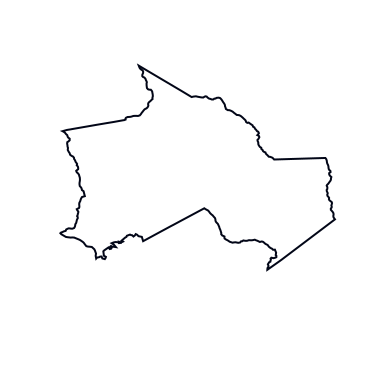 outline of Bujari, Acre, Brazil, rotated 112°
{"feature_id": "56859067B53260262834359", "entity_name": "Bujari", "entity_type": "district", "adm_level": 2, "iso_a3": "BRA", "parent_name": "Brazil", "parent_adm1": "Acre", "projection": "equal_earth", "projection_center": [-68.148, -9.602], "detail": "fine", "context": "isolated", "style": "outline", "palette": "ink", "viewbox_px": 384, "rotation_deg": 112, "n_neighbors": 0, "source": "geoboundaries", "source_scale": "gbopen_adm2", "svg_char_len": 5600}
<svg xmlns="http://www.w3.org/2000/svg" viewBox="0 0 384 384"><g transform="rotate(112 192 192)"><path d="M235.9,93.0L223.8,85.2L221.1,83.5L218.9,82.2L163.8,49.2L163.1,50.4L162.3,51.4L161.3,52.0L160.1,52.2L158.7,52.9L157.7,54.2L157.1,55.4L156.5,56.6L155.3,57.1L154.1,56.7L153.0,57.1L152.3,57.7L151.2,57.8L149.8,58.0L149.0,58.7L148.7,59.7L148.2,61.5L147.3,62.4L146.2,62.6L145.6,63.4L144.8,65.0L143.8,65.6L142.6,65.6L141.9,66.0L140.9,67.2L139.7,67.9L138.5,67.7L136.8,68.3L135.7,69.5L134.7,69.4L133.4,68.8L132.2,68.5L130.9,68.2L129.9,67.9L128.6,67.8L127.5,68.2L125.9,68.4L125.5,69.5L125.1,70.5L124.1,71.5L123.1,71.9L121.6,71.0L120.5,71.7L120.2,72.9L119.5,73.8L118.4,74.5L117.0,75.2L115.9,76.1L115.0,77.2L113.9,78.0L112.3,78.9L111.2,79.9L110.5,81.1L114.0,89.1L131.1,128.0L130.6,129.1L130.1,130.2L130.1,131.3L130.1,132.5L130.5,134.1L129.7,135.6L129.2,137.0L128.7,138.0L127.8,138.7L127.8,140.3L127.5,141.4L126.6,142.3L126.2,143.7L125.0,144.4L124.8,145.9L123.7,147.6L122.6,148.6L121.8,148.8L120.9,149.4L120.1,150.3L119.2,150.8L118.0,150.3L117.0,150.2L115.9,150.1L114.9,151.1L114.8,152.7L113.7,152.3L112.4,152.0L111.3,153.2L111.2,154.5L110.4,155.7L109.7,157.3L108.7,158.4L108.6,159.8L107.5,160.8L107.2,162.2L106.8,163.9L106.4,165.5L107.2,166.6L106.8,168.1L105.6,169.1L105.0,170.4L104.6,171.6L104.1,172.7L103.3,175.1L103.1,176.8L103.4,178.2L103.8,179.4L103.3,181.0L102.8,182.9L102.3,184.3L102.1,186.0L102.1,187.9L102.7,189.5L102.3,191.7L101.0,192.6L100.3,193.4L99.0,194.1L98.0,195.2L97.0,196.8L95.8,198.4L95.1,199.5L94.4,201.0L94.5,202.5L95.0,203.5L95.6,204.6L96.5,205.1L97.1,206.3L98.2,206.9L98.8,208.2L98.8,209.6L99.0,211.3L98.6,212.9L98.0,214.2L98.3,215.5L99.1,216.2L100.2,217.0L100.8,218.8L101.1,220.3L101.5,222.2L101.8,224.2L103.0,226.4L104.1,227.9L102.3,239.2L96.0,280.8L94.8,288.7L96.1,287.5L96.9,286.6L97.5,285.1L97.8,283.3L98.8,282.3L100.1,281.9L101.8,282.0L103.2,281.5L103.7,280.5L103.7,279.0L104.6,277.4L105.6,276.6L106.4,275.6L107.1,275.0L108.4,274.8L110.0,274.1L111.5,273.3L112.5,272.7L113.2,271.4L113.2,270.1L112.6,268.5L113.1,267.5L113.7,266.6L114.7,266.0L115.9,265.2L117.0,264.6L117.8,264.2L118.7,264.1L119.7,263.9L120.6,263.4L121.7,264.0L123.0,264.5L124.3,265.2L125.1,265.6L126.1,265.8L127.0,265.6L128.3,264.8L129.4,264.8L130.4,265.0L131.6,265.6L132.4,266.4L133.3,267.0L135.1,267.6L136.0,267.8L137.1,268.2L139.1,268.6L140.5,269.1L141.7,270.5L142.4,272.5L142.8,273.5L143.5,274.9L144.7,276.3L145.4,277.3L145.9,278.3L146.6,279.8L147.9,281.0L148.8,281.2L149.7,280.7L150.7,281.7L151.4,282.9L156.5,291.0L160.4,297.4L165.5,305.7L178.8,327.1L179.4,328.0L180.7,330.2L181.4,331.3L184.1,334.8L184.2,333.7L184.6,332.0L185.5,330.5L186.0,329.0L187.3,328.0L187.9,327.2L188.4,325.4L189.9,324.8L191.4,325.5L192.5,326.3L193.9,325.9L195.5,324.9L196.7,324.3L197.4,323.6L198.2,323.3L199.5,323.0L200.9,321.4L201.8,320.0L203.1,319.0L203.6,317.2L203.7,315.6L204.4,314.3L205.5,313.7L206.5,312.2L207.6,311.3L208.3,310.1L209.1,309.0L210.4,308.9L211.1,307.4L211.8,306.9L212.6,306.4L213.6,306.1L214.7,306.8L215.8,307.3L216.9,306.2L217.5,304.5L218.3,303.3L219.5,302.4L220.7,301.4L221.7,300.9L222.8,300.4L224.3,300.0L225.3,299.8L226.8,299.3L228.5,298.3L229.5,296.3L230.6,295.3L231.4,294.8L231.9,292.8L232.9,292.1L233.7,291.5L236.0,289.8L237.3,291.4L238.0,292.2L239.0,292.3L240.3,292.4L241.4,292.3L242.5,292.2L244.0,292.4L245.4,292.1L246.8,291.4L248.1,290.8L249.2,290.8L250.1,291.6L251.1,292.4L252.0,291.4L252.7,290.1L253.8,289.7L254.9,289.7L256.0,289.4L257.4,289.5L258.0,288.6L259.1,288.1L260.8,288.3L262.1,288.1L264.0,287.8L265.6,288.1L266.7,287.8L267.9,287.6L269.5,287.8L270.8,289.1L271.3,290.4L271.5,291.6L271.9,292.7L272.6,293.5L273.9,294.6L275.4,294.6L276.6,296.2L277.7,297.1L278.5,298.1L279.5,298.6L280.1,297.4L280.9,292.1L280.5,290.3L279.7,287.4L279.1,286.2L278.4,284.3L278.4,283.1L278.4,279.0L278.5,277.6L278.8,276.3L279.2,274.5L279.6,273.4L280.6,271.8L281.8,269.7L281.6,268.1L281.1,266.5L280.5,264.3L281.7,261.1L282.7,260.0L285.1,257.9L286.1,257.7L287.3,257.4L289.6,255.9L288.4,255.5L287.1,253.5L286.3,253.0L285.7,251.7L287.2,250.2L286.9,247.7L285.5,247.4L284.4,247.5L284.1,249.8L280.2,252.0L279.0,251.5L274.7,248.7L275.7,246.9L274.8,245.7L273.7,245.6L273.3,247.3L272.4,246.9L272.5,245.3L272.0,243.6L271.6,241.9L270.1,244.7L269.6,247.3L268.2,245.9L267.1,244.3L266.2,241.6L266.8,240.7L266.1,239.4L265.4,240.4L265.2,238.7L263.8,237.4L263.4,239.0L259.3,236.9L258.2,236.0L257.0,236.0L254.7,233.5L254.8,232.3L254.5,231.2L255.2,229.6L253.7,228.7L252.1,228.4L252.2,226.8L253.0,225.1L252.4,221.7L255.9,218.9L239.9,205.7L236.9,203.2L231.1,198.4L229.6,197.1L225.4,193.6L223.1,191.7L202.5,174.5L202.8,173.3L203.0,171.7L203.1,170.3L203.7,169.0L204.8,167.3L205.5,165.6L205.9,164.1L206.7,162.7L207.5,161.0L208.5,160.1L209.4,159.7L210.5,158.9L211.2,157.7L211.8,156.2L212.5,155.4L213.2,154.7L214.0,153.8L214.9,153.2L215.9,152.2L216.8,151.3L217.8,150.5L219.0,149.5L220.2,149.1L221.0,147.6L221.0,146.4L221.1,145.2L222.1,144.9L222.9,144.4L223.3,142.9L223.5,140.6L224.0,138.4L223.9,137.0L223.8,135.4L223.0,134.2L222.3,132.8L221.8,130.1L220.8,128.5L219.3,128.0L218.8,126.9L217.7,126.3L217.3,124.3L216.7,122.8L215.3,121.1L214.8,119.5L214.4,118.5L213.8,117.5L212.7,115.9L212.8,114.3L212.7,113.2L212.8,111.8L212.9,110.3L212.3,109.6L211.7,108.7L211.6,107.4L212.0,106.1L212.6,104.5L212.8,102.0L213.9,100.3L214.5,98.3L214.6,96.6L215.2,95.2L214.4,93.5L215.4,92.6L216.7,91.3L217.9,91.0L219.1,90.8L219.6,89.8L220.9,89.4L221.8,90.3L222.8,91.6L223.2,93.8L224.3,94.2L225.2,93.5L226.3,93.5L227.2,93.2L228.5,94.3L229.4,94.3L230.6,94.6L231.7,93.5L232.6,93.2L233.9,93.5L235.0,93.3L235.9,93.0Z" fill="none" stroke="#020617" stroke-width="2"/></g></svg>